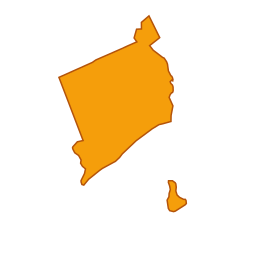 the district of Washington, Rhode Island, United States of America, rotated 337°
{"feature_id": "52423323B82979522420472", "entity_name": "Washington", "entity_type": "district", "adm_level": 2, "iso_a3": "USA", "parent_name": "United States of America", "parent_adm1": "Rhode Island", "projection": "mercator", "projection_center": [-71.592, 41.4], "detail": "fine", "context": "isolated", "style": "filled", "palette": "amber", "viewbox_px": 256, "rotation_deg": 337, "n_neighbors": 0, "source": "geoboundaries", "source_scale": "gbopen_adm2", "svg_char_len": 1308}
<svg xmlns="http://www.w3.org/2000/svg" viewBox="0 0 256 256"><g transform="rotate(337 128 128)"><path d="M64.2,158.1L63.7,159.4L63.5,162.0L65.0,163.3L71.7,159.8L85.1,156.0L88.6,155.2L101.0,154.0L103.4,153.8L108.8,151.8L112.6,149.6L130.5,142.9L149.9,138.2L157.9,137.0L158.9,137.2L161.7,137.7L170.1,138.8L172.5,133.4L178.0,125.2L177.8,115.9L178.2,115.5L179.8,113.8L181.9,112.6L182.1,112.7L182.9,112.7L184.1,111.4L185.5,107.9L185.7,105.9L184.8,103.6L184.9,101.8L187.1,101.0L187.6,102.0L188.3,101.0L188.6,99.0L188.5,97.5L187.9,96.5L187.5,91.3L188.0,89.4L189.3,84.6L189.4,82.1L188.6,77.8L187.4,76.5L181.6,66.3L180.1,60.6L189.7,58.0L192.5,57.2L191.1,33.0L181.6,36.0L179.1,42.1L174.5,40.4L168.8,47.5L169.8,52.2L166.0,52.2L159.1,52.3L152.8,52.5L125.0,52.8L120.8,53.7L84.2,54.4L83.3,80.7L83.0,88.6L81.8,121.9L81.8,122.0L76.0,120.9L70.0,123.7L69.2,124.5L69.0,126.0L69.3,130.0L71.8,134.0L72.0,135.8L72.3,139.1L70.6,141.9L71.1,145.5L72.9,149.0L70.2,152.9L64.2,158.1ZM133.7,217.8L134.1,220.4L137.3,222.8L139.1,223.0L150.8,221.0L152.2,220.3L153.1,217.4L152.9,216.1L151.3,215.4L148.3,211.9L147.0,208.8L147.4,204.7L149.3,201.3L150.2,198.1L150.0,196.7L148.3,193.9L144.7,192.4L143.9,193.9L143.7,197.5L142.9,201.2L140.3,204.3L138.8,207.3L135.8,209.7L133.7,217.8Z" fill="#f59e0b" stroke="#b45309" stroke-width="1.5"/></g></svg>